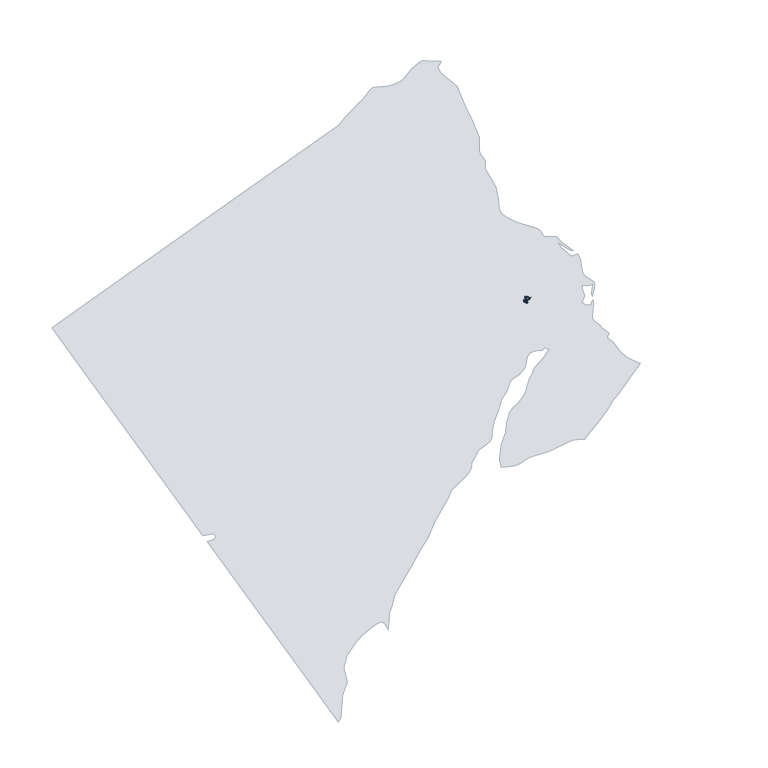 Qalyub, Al Qalyubiyah, Egypt (highlighted), rotated 54°
{"feature_id": "37247803B25886032732937", "entity_name": "Qalyub", "entity_type": "district", "adm_level": 2, "iso_a3": "EGY", "parent_name": "Egypt", "parent_adm1": "Al Qalyubiyah", "projection": "natural_earth1", "projection_center": [31.243, 30.207], "detail": "fine", "context": "in_parent", "style": "filled", "palette": "slate", "viewbox_px": 768, "rotation_deg": 54, "n_neighbors": 0, "source": "geoboundaries", "source_scale": "gbopen_adm2", "svg_char_len": 5080}
<svg xmlns="http://www.w3.org/2000/svg" viewBox="0 0 768 768"><g transform="rotate(54 384 384)"><path d="M630.4,619.7L616.9,619.7L603.5,619.7L590.1,619.7L576.6,619.7L563.2,619.7L549.7,619.7L536.3,619.7L522.9,619.7L509.4,619.7L496.0,619.7L482.5,619.7L469.1,619.7L455.7,619.7L442.2,619.7L428.8,619.7L415.3,619.7L407.7,619.7L409.0,615.4L409.8,612.3L408.9,610.2L406.3,609.7L404.6,610.3L400.6,619.4L398.5,619.8L393.7,619.8L378.0,619.8L362.4,619.8L346.7,619.8L331.1,619.8L315.4,619.8L299.8,619.8L284.1,619.8L268.5,619.8L252.8,619.8L237.2,619.8L221.6,619.8L205.9,619.8L190.3,619.8L174.6,619.7L159.0,619.7L143.3,619.7L143.4,608.8L143.6,597.8L143.7,586.9L143.8,575.9L143.9,565.0L144.1,554.0L144.2,543.1L144.3,532.1L144.5,521.2L144.6,510.2L144.7,499.2L144.9,488.3L145.0,477.3L145.2,466.4L145.3,455.4L145.5,444.4L145.6,433.5L145.7,422.5L145.9,411.5L146.0,400.6L146.2,389.6L146.4,378.6L146.5,367.7L146.7,356.7L146.8,345.7L147.0,334.8L147.1,323.8L147.3,312.8L147.5,301.9L147.6,290.9L147.8,279.9L148.0,269.0L147.6,266.9L145.5,259.5L143.7,250.0L141.6,238.4L141.4,234.6L137.9,222.6L137.6,219.2L138.6,216.8L144.8,206.7L146.7,201.8L148.3,195.9L148.9,191.1L147.3,183.8L145.3,177.2L144.7,170.5L144.5,163.8L147.7,159.3L151.5,155.1L152.9,152.5L155.1,149.6L156.7,148.2L159.6,154.1L165.8,155.2L186.3,149.9L208.7,155.2L221.2,157.2L240.3,161.7L251.8,169.8L255.0,170.8L263.4,170.7L268.9,175.4L290.7,177.7L302.4,183.0L309.0,187.2L313.0,188.5L316.5,188.3L321.2,186.7L327.2,183.7L333.8,179.6L347.4,169.1L352.1,167.2L355.3,167.7L359.1,167.6L360.7,164.7L362.7,162.8L363.9,160.5L366.0,157.8L373.0,157.1L387.1,152.5L385.5,154.7L372.7,159.8L378.2,160.5L383.8,158.7L390.2,157.6L391.4,155.4L392.2,151.3L393.4,150.7L397.9,151.5L411.1,157.8L414.4,157.9L423.6,154.5L425.6,153.8L428.6,155.7L435.5,163.5L433.1,163.4L425.8,156.6L425.1,160.0L420.9,165.9L426.2,168.5L430.4,169.4L432.7,172.7L434.2,175.7L438.4,174.4L441.4,170.4L439.8,168.2L438.7,165.8L440.1,165.8L443.0,167.7L451.4,175.3L454.2,176.8L457.5,176.6L464.3,174.4L466.1,174.8L475.3,172.0L476.3,174.0L477.9,176.1L485.2,173.8L496.7,173.8L506.1,171.4L517.0,165.3L517.9,164.4L518.5,165.9L519.8,170.0L523.2,180.4L526.2,188.6L529.9,199.9L531.0,204.2L531.5,207.2L536.8,219.7L539.9,229.9L542.3,238.2L545.5,250.3L547.0,254.5L544.7,256.8L540.3,264.6L535.7,289.7L529.0,309.2L528.3,321.5L527.2,325.9L524.0,332.1L520.1,338.2L513.0,335.1L501.4,324.4L494.7,314.2L487.4,307.7L480.6,299.0L478.7,292.7L478.8,288.7L475.8,278.9L473.6,274.3L465.3,263.9L462.9,258.3L461.1,255.9L459.2,252.4L456.2,238.9L452.9,230.3L449.2,232.7L449.9,236.3L446.6,241.3L444.7,247.1L446.2,251.8L453.0,259.0L454.4,262.1L455.9,269.0L455.7,278.2L456.8,281.4L461.9,288.3L463.7,292.4L464.8,295.9L466.5,299.1L471.6,305.1L478.9,316.5L485.8,324.2L490.7,327.9L492.8,331.7L493.4,341.3L493.0,345.9L497.4,354.5L499.1,358.9L503.3,362.4L505.3,366.5L507.1,373.1L509.9,392.7L513.5,397.5L525.1,423.2L534.7,439.4L539.5,451.6L546.6,466.4L560.8,498.8L569.1,508.8L572.5,514.4L578.5,518.8L585.0,525.0L578.8,524.4L577.3,524.8L575.1,525.9L574.1,529.6L573.7,532.8L574.6,549.2L576.3,557.5L581.9,573.4L586.0,578.1L588.0,581.2L590.8,583.5L603.8,588.9L611.5,600.3L628.6,614.8L630.3,618.8L630.4,619.7Z" fill="#d9dde1" stroke="#a8b0b8" stroke-width="1"/><path d="M402.2,219.7L402.1,219.8L402.0,220.0L401.9,220.0L401.7,220.0L401.7,219.9L401.4,219.9L401.3,220.0L401.2,220.1L401.1,219.9L401.0,219.7L400.9,219.6L401.0,219.4L401.0,219.2L400.9,219.0L400.9,218.9L400.8,218.7L400.7,218.7L400.5,218.4L400.4,218.3L400.4,218.2L400.3,217.9L400.3,217.7L400.5,217.5L400.7,217.4L400.8,217.3L400.8,217.2L400.8,216.9L400.7,216.9L400.5,216.7L400.6,216.4L400.6,216.2L400.7,215.9L400.7,215.7L400.5,215.4L400.5,215.6L400.4,215.7L400.2,215.7L399.9,215.7L399.7,215.7L399.7,215.8L399.4,215.8L399.3,216.0L399.2,216.1L398.9,216.1L398.7,216.1L398.4,216.2L398.1,216.2L397.9,216.2L397.7,216.3L397.7,216.5L397.6,216.8L397.5,217.0L397.5,217.3L397.5,217.5L397.4,217.5L397.2,217.7L397.0,217.8L396.8,217.9L396.8,218.0L396.7,218.1L396.4,218.0L396.3,218.3L396.2,218.4L396.2,218.5L396.3,218.6L396.4,218.8L396.5,218.9L396.5,219.0L396.8,219.2L397.0,219.2L397.3,219.3L397.5,219.3L397.5,219.2L397.8,219.2L398.0,219.1L398.1,219.3L398.2,219.2L398.3,219.2L398.5,219.3L398.7,219.2L398.8,219.2L399.0,219.1L399.3,219.2L399.3,219.3L399.5,219.2L399.5,219.3L399.6,219.2L399.8,219.2L399.8,219.3L399.8,219.5L399.7,219.5L399.4,219.6L399.5,219.7L399.6,219.8L399.8,219.8L400.0,219.8L400.2,220.0L400.0,220.3L399.9,220.3L399.7,220.5L399.8,220.7L399.8,220.8L399.7,220.9L399.5,221.0L399.4,221.2L399.4,221.3L399.2,221.4L399.1,221.5L398.9,221.3L398.8,221.1L398.5,221.3L398.2,221.4L398.3,221.5L398.5,221.8L398.7,222.0L398.8,222.1L399.0,222.0L399.3,222.3L399.5,222.4L399.8,222.3L400.0,222.3L400.0,222.2L400.0,221.9L400.3,221.8L400.4,221.7L400.5,221.7L400.6,221.4L400.8,221.3L400.7,221.4L400.7,221.5L400.8,221.5L400.9,221.4L401.0,221.3L401.3,221.3L401.5,221.2L401.8,221.2L402.0,221.2L402.1,221.3L402.3,221.3L402.4,221.2L402.5,221.0L402.5,220.9L402.6,220.7L402.4,220.5L402.4,220.4L402.3,220.2L402.5,219.9L402.4,219.7L402.2,219.7L402.2,219.7Z" fill="#64748b" stroke="#1e293b" stroke-width="1.5"/></g></svg>